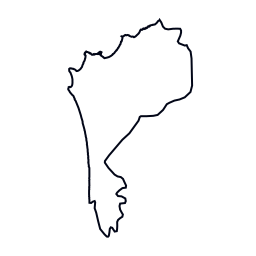 Piriápolis, Maldonado, Uruguay, rotated 93°
{"feature_id": "84410073B95190776679231", "entity_name": "Piriápolis", "entity_type": "district", "adm_level": 2, "iso_a3": "URY", "parent_name": "Uruguay", "parent_adm1": "Maldonado", "projection": "mercator", "projection_center": [-55.248, -34.845], "detail": "fine", "context": "isolated", "style": "outline", "palette": "ink", "viewbox_px": 256, "rotation_deg": 93, "n_neighbors": 0, "source": "geoboundaries", "source_scale": "gbopen_adm2", "svg_char_len": 5362}
<svg xmlns="http://www.w3.org/2000/svg" viewBox="0 0 256 256"><g transform="rotate(93 128 128)"><path d="M18.4,102.1L18.9,102.3L19.4,103.2L19.9,103.8L20.7,104.2L21.2,104.6L21.7,105.0L22.0,105.2L22.6,106.0L23.1,106.4L23.2,106.7L23.3,107.0L23.6,108.2L23.5,108.4L23.8,108.8L24.0,109.8L24.1,110.2L24.2,110.6L24.7,111.1L24.7,111.4L24.7,111.5L24.9,111.5L25.1,111.6L25.2,111.8L25.3,111.8L25.5,111.9L25.5,112.2L25.6,112.3L25.3,113.0L25.5,113.3L26.1,113.4L26.6,113.8L27.0,114.1L27.2,114.5L27.2,115.0L26.9,115.2L27.1,115.5L27.5,115.4L27.6,115.6L27.8,115.6L27.9,115.8L28.3,116.5L28.2,116.9L27.9,116.9L27.7,117.3L27.8,117.8L28.1,117.9L28.3,118.1L28.2,118.3L28.6,118.7L28.8,118.6L28.9,118.8L29.2,119.0L29.3,119.3L29.3,119.8L29.1,120.1L29.3,120.2L29.4,120.6L30.6,121.2L31.1,121.3L32.0,121.7L32.5,121.9L32.8,122.3L33.3,122.5L34.1,123.3L34.5,123.7L35.0,124.2L36.0,125.1L36.7,126.1L36.7,126.3L37.0,126.7L37.0,127.0L36.6,127.4L36.4,128.0L36.7,129.2L35.9,131.6L35.4,131.9L35.1,133.3L35.5,134.3L35.2,135.2L35.3,135.8L35.8,136.1L36.0,136.7L36.3,136.9L36.4,137.1L36.9,137.9L37.0,138.6L36.7,139.0L36.8,139.2L37.6,138.3L38.2,138.2L41.5,138.8L42.0,139.0L42.3,139.2L42.3,139.5L42.6,139.5L43.3,139.7L44.7,139.9L45.4,140.4L45.4,140.5L46.0,140.7L46.8,141.0L47.0,141.2L47.7,141.5L48.3,141.7L48.5,141.9L48.4,142.0L48.6,142.2L49.5,142.5L49.9,142.8L50.9,143.3L51.3,143.7L51.2,143.8L52.1,144.4L52.7,144.9L52.8,145.0L53.9,145.6L54.7,146.5L55.5,147.2L55.4,147.3L56.0,147.7L56.4,148.2L56.7,148.5L57.4,149.6L57.7,150.0L58.2,150.9L58.4,151.5L58.8,152.6L59.5,155.2L58.8,156.2L58.6,156.2L58.5,156.3L58.4,156.6L58.0,157.2L56.9,159.0L54.7,158.8L54.7,159.0L56.0,159.1L55.9,159.5L55.8,160.2L55.7,161.3L55.2,161.6L54.9,161.4L54.3,160.7L53.8,160.2L53.5,159.8L53.5,159.7L53.8,158.7L54.0,158.5L53.9,158.4L53.7,158.4L53.5,158.9L53.3,159.5L53.3,159.8L53.4,160.1L54.3,161.2L54.5,161.5L54.9,161.8L55.6,162.2L55.7,162.3L55.8,162.5L55.7,163.6L55.8,164.2L55.9,164.6L56.2,164.9L56.3,165.1L56.4,165.4L56.5,165.6L56.4,165.9L56.3,166.0L56.1,165.9L55.9,166.0L56.0,166.3L56.2,166.5L56.6,166.6L56.7,166.8L56.5,167.1L56.6,167.4L56.6,167.6L56.7,167.9L56.6,168.1L56.3,168.3L56.1,168.6L56.0,168.8L55.8,169.0L55.7,169.2L55.4,169.2L55.3,169.4L55.3,169.6L55.2,169.7L54.9,170.3L54.8,170.7L54.7,170.9L54.7,171.0L54.9,171.0L54.7,171.3L54.6,171.6L54.5,171.8L54.3,172.1L54.2,172.5L54.2,173.1L53.9,173.6L54.2,173.7L54.4,173.8L54.5,174.0L54.5,174.3L54.8,174.4L54.9,174.7L55.0,174.9L55.2,175.0L55.5,175.1L55.8,175.0L56.1,174.9L56.3,174.8L56.6,174.9L56.6,175.1L56.7,175.3L57.0,175.2L57.5,174.7L57.8,174.2L58.0,174.1L59.0,174.2L59.4,174.2L60.5,174.3L60.8,174.5L61.0,174.5L62.2,174.7L62.6,174.8L63.5,175.1L63.8,175.4L64.1,175.5L64.9,175.9L65.2,176.0L65.5,176.0L65.6,175.9L65.8,175.9L66.2,176.1L66.3,176.1L66.6,176.2L66.9,176.4L67.5,176.7L69.2,177.1L69.7,177.3L70.3,177.8L71.1,178.2L72.0,179.0L72.5,179.6L72.8,179.9L73.2,180.4L73.4,180.8L73.7,181.5L73.8,182.1L73.8,182.4L73.4,182.9L73.0,183.2L72.7,183.5L72.0,185.0L72.0,185.5L71.7,185.9L71.8,186.3L71.6,186.8L71.6,187.6L71.4,188.0L71.5,188.2L71.4,189.0L72.0,189.8L73.1,189.8L74.3,189.6L74.9,189.1L75.3,188.8L75.6,188.4L76.0,188.2L76.6,188.0L77.6,187.5L79.3,186.8L81.1,186.3L82.4,186.0L84.3,185.9L85.9,185.8L87.4,185.9L88.4,186.1L89.2,186.5L89.8,187.0L90.2,187.7L90.0,188.8L90.3,189.4L91.0,189.4L91.8,189.7L92.5,189.7L93.2,189.3L93.7,188.8L95.2,187.9L95.9,187.3L97.8,185.5L98.2,185.0L98.6,184.4L99.3,183.9L100.4,183.5L101.4,182.8L102.1,182.8L102.7,182.5L103.5,181.8L105.6,180.8L110.5,178.5L117.7,175.8L120.3,175.0L122.7,174.1L124.3,173.6L125.3,173.6L129.4,172.2L132.2,171.3L132.7,171.3L133.4,170.9L135.9,170.4L138.0,169.8L138.5,169.8L141.0,169.0L142.1,169.0L143.1,168.7L144.7,168.3L146.4,168.1L146.8,168.2L147.6,167.9L150.1,167.5L151.9,167.1L153.0,167.1L154.9,166.8L155.2,166.6L156.2,166.7L156.9,166.6L157.3,166.4L159.4,166.1L159.9,166.3L160.1,166.2L160.5,166.1L161.4,166.0L161.7,165.8L162.2,165.8L162.5,165.8L163.2,165.8L163.6,165.7L163.9,165.7L164.2,165.9L164.4,165.8L164.6,165.7L164.9,165.6L165.2,165.7L166.3,165.4L167.8,165.1L168.5,165.2L168.8,165.1L169.1,164.8L169.9,164.5L178.9,164.0L179.3,164.0L179.6,164.1L180.0,164.1L180.3,164.1L180.5,164.1L180.8,164.0L181.7,163.8L182.5,164.0L182.8,163.9L187.0,163.6L187.8,163.5L188.5,163.7L189.4,163.5L189.8,163.7L191.2,163.4L191.7,163.6L196.2,163.4L198.0,163.2L198.4,163.3L199.4,163.0L200.7,163.0L201.6,162.8L204.7,162.6L204.8,160.9L203.4,159.3L202.7,157.5L203.9,156.9L209.8,157.1L214.3,155.3L222.7,152.9L230.3,150.5L235.4,145.9L237.5,143.5L237.6,142.3L236.6,141.5L233.3,141.1L229.7,140.9L228.1,140.0L228.5,138.5L232.1,135.9L231.6,133.8L229.6,133.6L226.4,133.6L222.4,133.9L220.3,133.1L218.5,131.2L216.9,129.0L214.6,128.6L212.9,129.8L209.9,131.6L206.4,132.4L203.9,131.9L203.1,127.1L201.1,126.4L198.5,127.0L196.6,130.9L196.5,134.4L194.5,136.2L193.1,135.5L190.8,133.4L188.3,130.4L187.7,127.1L185.6,126.9L181.9,128.9L179.1,130.3L177.4,132.6L176.9,135.9L175.2,139.0L169.0,145.3L163.8,149.3L162.2,149.3L156.2,145.4L140.0,133.0L133.2,126.3L125.9,121.6L120.2,117.9L116.3,116.8L115.5,115.6L115.3,110.6L114.5,103.3L113.4,99.1L108.1,93.9L102.2,90.5L100.6,87.9L98.2,83.1L96.8,78.0L94.4,72.9L88.8,67.5L82.3,66.2L55.2,68.2L48.4,69.5L45.2,72.2L42.2,73.7L42.7,75.6L40.8,81.4L38.9,82.8L36.5,81.9L33.1,80.6L30.0,80.0L27.9,80.1L26.2,81.1L26.2,83.6L26.5,88.1L27.4,93.0L26.9,96.2L24.9,98.4L20.8,100.3L18.4,102.1Z" fill="none" stroke="#020617" stroke-width="2"/></g></svg>